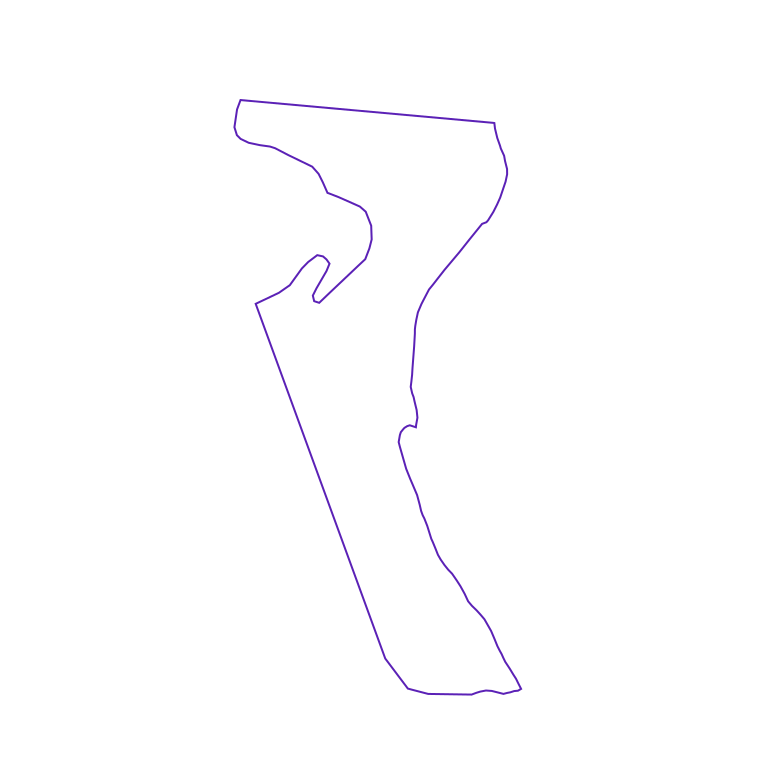 the district of Village, Choiseul, Saint Lucia, rotated 198°
{"feature_id": "8701671B35560062727781", "entity_name": "Village", "entity_type": "district", "adm_level": 2, "iso_a3": "LCA", "parent_name": "Saint Lucia", "parent_adm1": "Choiseul", "projection": "mercator", "projection_center": [-61.05, 13.775], "detail": "fine", "context": "isolated", "style": "outline", "palette": "violet", "viewbox_px": 768, "rotation_deg": 198, "n_neighbors": 0, "source": "geoboundaries", "source_scale": "gbopen_adm2", "svg_char_len": 1894}
<svg xmlns="http://www.w3.org/2000/svg" viewBox="0 0 768 768"><g transform="rotate(198 384 384)"><path d="M608.2,609.7L608.6,599.7L605.6,582.0L600.8,575.2L596.1,572.8L587.2,571.6L575.9,572.8L565.8,574.6L560.4,574.6L546.1,572.2L519.4,568.5L511.1,563.6L504.5,556.9L496.8,548.3L495.6,548.3L484.9,547.7L461.8,545.3L454.6,542.2L445.1,530.6L440.4,517.7L439.8,508.5L440.4,496.9L445.1,488.4L464.1,453.5L470.7,441.2L476.0,441.2L479.0,446.1L477.8,454.1L473.6,473.7L473.0,481.6L477.2,484.7L481.4,486.5L487.3,485.9L493.8,476.6L497.8,468.5L504.1,448.9L512.1,438.3L530.8,420.6L298.0,123.3L267.2,101.7L263.0,101.9L246.2,102.9L204.7,115.7L200.8,118.8L197.4,121.2L192.3,124.0L186.6,125.4L177.5,126.0L174.6,126.2L171.5,128.2L168.6,129.8L165.3,132.2L161.8,133.7L159.4,136.4L163.3,140.3L167.4,144.5L171.2,147.6L176.3,152.0L179.9,154.9L182.8,157.2L185.8,160.3L188.7,163.5L191.5,166.1L195.1,169.7L200.4,176.0L205.8,182.2L211.5,187.4L215.8,191.3L220.5,194.2L225.9,197.3L231.8,200.2L236.8,203.3L238.3,204.9L242.4,209.3L248.8,215.3L254.2,219.7L260.6,224.6L265.5,227.2L270.4,230.4L275.8,234.5L279.9,238.2L284.2,243.4L288.8,248.8L291.2,251.4L299.0,262.4L304.1,268.6L306.7,271.2L309.5,274.8L312.8,280.3L318.2,288.6L326.1,297.7L329.7,301.8L336.7,310.2L349.3,328.9L352.1,333.3L353.1,340.3L353.1,343.4L351.8,346.8L351.0,348.6L348.9,351.1L346.7,352.7L340.3,352.7L340.8,355.0L341.8,362.3L344.9,369.3L349.7,377.1L351.8,380.7L354.3,383.8L357.7,389.5L358.7,394.7L360.1,401.4L361.8,407.9L366.9,428.9L370.2,441.4L371.5,445.5L372.2,448.9L373.1,454.9L373.9,462.6L373.1,471.7L372.3,476.6L370.4,487.8L368.1,493.7L365.5,500.9L361.7,511.3L353.1,532.5L347.4,547.8L340.2,566.6L336.6,569.5L335.6,571.8L333.2,581.4L331.9,589.7L331.1,597.2L330.9,614.0L331.7,621.5L333.4,626.5L337.8,633.5L340.3,638.2L345.7,644.1L347.3,646.5L352.3,653.0L357.4,661.3L359.7,666.3L360.9,666.1L608.2,609.7Z" fill="none" stroke="#5b21b6" stroke-width="2"/></g></svg>